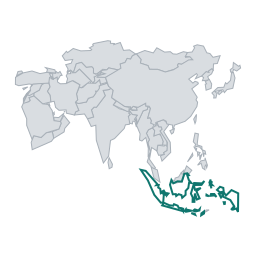 Asia, with Indonesia highlighted
{"feature_id": "IDN", "entity_name": "Indonesia", "entity_type": "country or territory", "adm_level": 0, "iso_a3": "IDN", "parent_name": "Asia", "parent_adm1": "", "projection": "equal_earth", "projection_center": [119.503, -2.501], "detail": "medium", "context": "in_parent", "style": "outline", "palette": "teal", "viewbox_px": 256, "rotation_deg": 0, "n_neighbors": 45, "source": "natural_earth", "source_scale": "50m", "svg_char_len": 12964}
<svg xmlns="http://www.w3.org/2000/svg" viewBox="0 0 256 256"><path d="M135.6,54.0L132.4,55.8L130.6,59.1L127.2,58.4L125.0,62.5L120.2,64.0L120.9,68.2L119.4,70.2L108.7,67.9L106.9,69.8L102.7,69.3L96.7,74.3L93.4,73.1L93.5,68.6L91.8,66.8L86.3,67.4L81.5,62.4L76.3,63.8L73.4,72.7L70.7,70.2L67.3,71.6L68.1,69.1L65.7,64.7L71.2,63.2L72.7,59.5L65.1,60.5L62.3,55.9L66.4,51.3L67.6,52.6L73.2,48.5L80.8,50.9L90.8,50.5L91.7,49.5L89.4,47.9L93.3,45.7L92.7,44.3L93.8,43.5L107.8,40.7L110.6,41.1L110.4,43.3L114.3,43.5L113.8,44.6L120.3,42.5L123.5,50.4L129.5,49.9L135.6,54.0Z" fill="#d9dde1" stroke="#a8b0b8" stroke-width="1"/><path d="M73.4,72.7L76.3,63.8L81.5,62.4L86.3,67.4L91.8,66.8L93.5,68.6L93.4,73.1L96.0,74.3L102.1,70.4L100.6,72.2L105.2,73.8L102.3,75.6L100.2,75.4L100.7,73.6L98.1,74.2L95.9,77.1L94.3,77.0L94.8,80.6L93.1,83.1L79.5,69.2L75.5,72.7L73.4,72.7Z" fill="#d9dde1" stroke="#a8b0b8" stroke-width="1"/><path d="M204.3,212.7L206.1,210.0L209.1,209.9L204.3,212.7Z" fill="#d9dde1" stroke="#a8b0b8" stroke-width="1"/><path d="M28.2,93.1L25.3,96.8L23.4,103.0L23.4,98.5L26.6,93.6L28.2,93.1Z" fill="#d9dde1" stroke="#a8b0b8" stroke-width="1"/><path d="M30.5,90.7L26.6,93.6L30.5,89.7L30.5,90.7Z" fill="#d9dde1" stroke="#a8b0b8" stroke-width="1"/><path d="M26.9,95.4L24.8,98.1L26.3,95.0L26.9,95.4Z" fill="#d9dde1" stroke="#a8b0b8" stroke-width="1"/><path d="M26.9,95.4L34.1,92.8L33.9,96.0L29.1,97.7L30.3,100.4L25.5,103.9L23.4,103.0L26.9,95.4Z" fill="#d9dde1" stroke="#a8b0b8" stroke-width="1"/><path d="M53.8,117.2L58.7,117.6L64.0,113.2L60.0,122.0L54.0,120.7L53.8,117.2Z" fill="#d9dde1" stroke="#a8b0b8" stroke-width="1"/><path d="M52.5,115.9L52.7,113.9L54.1,112.2L54.3,114.6L52.5,115.9Z" fill="#d9dde1" stroke="#a8b0b8" stroke-width="1"/><path d="M48.5,101.6L49.8,105.6L46.4,104.1L48.5,101.6Z" fill="#d9dde1" stroke="#a8b0b8" stroke-width="1"/><path d="M33.9,96.0L34.1,92.8L39.3,90.1L41.4,85.1L45.2,82.5L48.8,83.1L50.1,86.9L47.5,91.3L50.2,95.2L50.9,101.9L42.7,103.9L33.9,96.0Z" fill="#d9dde1" stroke="#a8b0b8" stroke-width="1"/><path d="M60.5,121.5L63.9,115.4L69.7,122.6L64.8,128.3L64.1,131.9L53.7,138.3L52.3,131.7L58.9,129.0L61.1,123.4L60.5,121.5ZM64.8,111.6L63.8,112.3L64.6,111.4L64.8,111.6Z" fill="#d9dde1" stroke="#a8b0b8" stroke-width="1"/><path d="M156.8,150.9L157.8,145.2L164.2,146.1L165.2,144.2L167.5,147.1L167.1,150.5L163.6,152.7L164.5,154.4L158.6,155.3L156.8,150.9Z" fill="#d9dde1" stroke="#a8b0b8" stroke-width="1"/><path d="M162.5,145.0L157.8,145.2L156.8,150.9L151.6,147.5L149.5,159.3L155.5,167.9L153.4,169.5L147.2,161.9L150.4,151.8L147.8,142.6L149.4,139.7L146.4,133.3L148.4,129.8L152.4,127.8L154.7,130.5L154.0,135.9L158.5,133.7L161.6,136.1L163.3,141.4L162.5,145.0Z" fill="#d9dde1" stroke="#a8b0b8" stroke-width="1"/><path d="M167.0,145.2L162.5,145.0L163.3,141.4L160.1,133.9L154.0,135.9L154.7,130.5L152.4,127.8L155.9,125.7L155.8,122.5L158.8,126.8L161.3,126.9L162.1,129.3L160.1,131.0L166.9,140.4L167.0,145.2Z" fill="#d9dde1" stroke="#a8b0b8" stroke-width="1"/><path d="M152.4,127.8L148.4,129.8L146.4,133.3L149.4,139.7L147.8,142.6L150.4,151.8L148.1,157.3L148.3,148.3L145.8,137.5L141.9,141.0L139.5,140.0L140.1,133.9L136.4,124.9L143.1,110.9L147.3,109.5L147.9,106.4L150.5,108.4L147.7,118.2L149.9,117.7L151.5,120.8L150.8,123.1L154.7,123.8L152.4,127.8Z" fill="#d9dde1" stroke="#a8b0b8" stroke-width="1"/><path d="M160.4,155.8L164.5,154.4L163.6,152.7L167.1,150.5L167.4,142.4L160.1,131.0L162.1,129.3L161.3,126.9L158.8,126.8L156.9,122.1L163.4,119.7L168.9,124.7L163.7,131.6L170.2,142.2L170.7,152.4L162.0,161.1L160.4,155.8Z" fill="#d9dde1" stroke="#a8b0b8" stroke-width="1"/><path d="M213.2,70.1L211.6,73.8L207.7,76.6L209.1,80.0L202.4,80.7L203.6,77.5L201.5,76.1L203.0,74.5L206.2,71.5L208.8,72.3L208.4,71.0L211.9,68.6L213.2,70.1Z" fill="#d9dde1" stroke="#a8b0b8" stroke-width="1"/><path d="M205.2,81.6L209.3,79.4L211.7,84.0L211.1,88.4L206.1,90.2L205.2,84.2L206.6,83.8L205.2,81.6Z" fill="#d9dde1" stroke="#a8b0b8" stroke-width="1"/><path d="M136.3,53.9L144.8,50.5L153.3,52.9L156.8,47.8L164.6,52.1L170.3,51.7L173.0,53.9L176.8,54.2L183.4,51.7L187.5,52.5L185.7,57.4L189.9,56.7L193.0,59.0L181.4,64.3L178.5,63.6L177.5,65.1L178.3,66.8L175.6,68.9L165.3,72.0L157.8,69.4L149.5,69.3L148.0,65.6L140.4,63.1L141.0,59.4L136.3,53.9Z" fill="#d9dde1" stroke="#a8b0b8" stroke-width="1"/><path d="M147.9,106.4L147.3,109.5L143.1,110.9L137.3,123.3L136.5,118.9L135.5,120.7L134.4,119.3L137.2,115.3L132.3,114.5L129.8,111.3L128.9,113.1L130.3,114.5L128.4,116.5L129.6,117.3L129.4,124.3L125.4,124.8L124.2,128.5L114.5,138.6L110.5,140.4L108.6,156.1L103.4,163.0L96.3,140.2L95.8,125.2L91.2,126.5L87.5,118.8L93.6,116.9L91.4,109.9L94.1,107.1L96.4,107.3L105.2,95.7L103.1,90.4L109.4,89.5L111.6,87.3L113.2,90.4L111.7,97.7L116.0,101.2L113.4,104.9L119.4,108.8L128.8,111.3L130.6,106.8L130.5,109.5L132.3,110.5L136.9,110.2L136.5,107.7L145.7,103.2L145.8,106.0L147.9,106.4Z" fill="#d9dde1" stroke="#a8b0b8" stroke-width="1"/><path d="M136.5,118.9L136.4,127.1L134.8,121.3L132.9,121.2L132.3,123.9L129.8,123.3L128.4,116.5L130.3,114.5L128.9,113.1L129.8,111.3L132.3,114.5L137.2,115.3L134.4,119.3L135.5,120.7L136.5,118.9Z" fill="#d9dde1" stroke="#a8b0b8" stroke-width="1"/><path d="M136.5,107.7L136.9,110.2L130.5,109.5L133.2,106.3L136.5,107.7Z" fill="#d9dde1" stroke="#a8b0b8" stroke-width="1"/><path d="M129.3,107.4L128.8,111.3L127.1,111.4L113.4,104.9L116.9,100.6L124.8,106.5L129.3,107.4Z" fill="#d9dde1" stroke="#a8b0b8" stroke-width="1"/><path d="M111.6,87.3L109.4,89.5L103.1,90.4L105.2,95.7L96.4,107.3L94.1,107.1L91.4,109.9L93.6,116.9L87.5,118.8L84.5,114.0L74.4,115.0L75.7,111.8L78.8,110.4L75.4,102.2L78.5,103.5L86.4,102.0L88.3,98.3L93.3,96.7L100.5,84.7L107.2,83.2L108.6,86.3L111.6,87.3Z" fill="#d9dde1" stroke="#a8b0b8" stroke-width="1"/><path d="M87.2,83.2L95.7,83.1L99.6,79.7L100.6,84.2L103.7,82.2L107.2,83.2L99.2,85.9L99.4,88.2L97.4,91.2L95.5,91.1L96.0,92.9L93.3,96.7L88.3,98.3L86.4,102.0L78.5,103.5L75.4,102.2L77.7,99.8L76.5,93.9L79.4,86.9L82.7,87.6L87.2,83.2Z" fill="#d9dde1" stroke="#a8b0b8" stroke-width="1"/><path d="M93.1,83.1L94.8,80.6L94.3,77.0L100.7,73.6L101.0,75.3L97.6,77.1L105.5,77.4L107.0,82.4L100.6,84.2L99.6,79.7L95.7,83.1L93.1,83.1Z" fill="#d9dde1" stroke="#a8b0b8" stroke-width="1"/><path d="M102.1,70.4L106.9,69.8L108.7,67.9L119.4,70.2L105.5,77.4L97.6,77.1L98.1,75.7L105.2,73.8L100.6,72.2L102.1,70.4Z" fill="#d9dde1" stroke="#a8b0b8" stroke-width="1"/><path d="M67.3,71.6L70.7,70.2L72.4,72.8L75.5,72.7L79.5,69.2L91.1,81.0L90.7,82.6L89.4,81.8L81.2,87.9L79.4,86.9L79.8,84.8L73.5,80.9L66.4,83.0L67.6,78.6L66.2,75.9L67.3,73.8L70.8,73.6L69.8,70.7L67.3,73.1L67.3,71.6Z" fill="#d9dde1" stroke="#a8b0b8" stroke-width="1"/><path d="M50.9,101.9L50.2,95.2L47.5,91.3L50.1,86.9L48.4,81.0L49.5,77.4L52.7,79.1L57.1,77.0L57.6,82.0L60.3,83.8L66.1,83.6L72.3,80.7L79.8,84.8L76.5,93.9L77.7,99.8L75.4,102.2L78.8,110.4L75.7,111.8L74.4,115.0L66.4,113.2L66.1,109.9L59.0,110.3L55.6,107.4L54.2,101.3L50.9,101.9Z" fill="#d9dde1" stroke="#a8b0b8" stroke-width="1"/><path d="M27.5,94.6L30.5,90.7L30.2,87.6L33.0,84.0L44.2,82.9L41.4,85.1L39.3,90.1L29.4,95.6L27.5,94.6Z" fill="#d9dde1" stroke="#a8b0b8" stroke-width="1"/><path d="M53.5,79.0L49.3,75.3L50.0,73.3L53.4,73.9L53.5,79.0Z" fill="#d9dde1" stroke="#a8b0b8" stroke-width="1"/><path d="M48.8,83.1L33.0,84.0L31.0,86.5L31.8,84.4L29.1,84.0L18.8,85.7L15.4,84.4L15.5,77.3L23.2,72.9L32.0,71.0L40.0,73.6L48.6,72.0L51.0,76.7L49.5,77.4L48.8,83.1ZM18.0,71.5L21.7,71.0L22.8,72.7L16.6,75.6L18.0,71.5Z" fill="#d9dde1" stroke="#a8b0b8" stroke-width="1"/><path d="M112.4,164.2L112.0,167.2L109.2,168.7L108.0,162.3L109.1,157.7L112.4,164.2Z" fill="#d9dde1" stroke="#a8b0b8" stroke-width="1"/><path d="M171.6,134.0L169.9,130.7L174.4,128.7L173.4,132.6L171.6,134.0ZM105.5,77.4L120.9,68.2L120.2,64.0L125.0,62.5L127.2,58.4L130.6,59.1L132.4,55.8L136.3,53.9L141.0,59.4L140.4,63.1L148.0,65.6L149.5,69.3L157.8,69.4L165.3,72.0L173.4,69.8L178.3,66.8L177.5,65.1L178.5,63.6L181.4,64.3L188.7,59.9L192.8,59.8L189.9,56.7L185.3,56.5L187.5,52.5L192.1,52.0L194.6,47.9L193.6,46.2L197.2,44.8L203.5,46.1L206.8,52.8L209.9,53.5L213.0,57.3L220.1,55.7L217.3,63.5L213.5,63.9L213.2,70.1L211.9,68.6L208.4,71.0L208.8,72.3L206.2,71.5L201.5,76.1L195.4,78.7L197.5,74.9L196.5,73.6L188.7,79.1L192.9,83.1L195.0,81.3L197.9,82.3L198.3,83.7L191.8,88.8L197.2,97.2L196.0,99.9L197.6,102.2L196.9,106.5L190.7,116.4L185.1,121.3L174.5,125.1L173.7,128.0L172.6,128.2L172.6,125.1L166.8,123.9L166.2,121.2L163.4,119.7L155.8,122.5L155.9,125.7L150.8,123.1L151.5,120.8L149.9,117.7L147.7,118.2L150.5,108.4L149.1,106.2L145.8,106.0L145.7,103.2L138.1,107.3L133.2,106.3L130.5,109.0L130.6,106.8L124.8,106.5L111.7,97.7L113.2,90.4L108.6,86.3L105.5,77.4Z" fill="#d9dde1" stroke="#a8b0b8" stroke-width="1"/><path d="M196.5,114.4L195.9,121.2L195.0,123.5L193.7,119.1L196.5,114.4Z" fill="#d9dde1" stroke="#a8b0b8" stroke-width="1"/><path d="M56.0,71.4L58.0,73.1L60.0,71.5L62.1,75.3L60.4,75.5L57.6,80.2L57.1,77.0L53.5,79.0L52.7,76.2L52.7,72.9L55.4,73.3L56.0,71.4ZM52.7,79.1L51.6,78.8L51.0,76.7L52.6,77.3L52.7,79.1Z" fill="#d9dde1" stroke="#a8b0b8" stroke-width="1"/><path d="M45.5,67.6L54.8,69.8L55.8,73.0L46.6,72.2L47.5,69.5L45.5,67.6Z" fill="#d9dde1" stroke="#a8b0b8" stroke-width="1"/><path d="M196.2,150.9L194.2,147.3L196.7,148.4L196.2,150.9ZM199.9,159.9L199.7,154.6L200.6,156.4L202.1,153.6L199.9,159.9ZM205.0,157.8L207.4,165.2L206.7,167.8L205.9,164.9L204.9,166.3L205.0,169.8L202.5,168.1L201.2,163.3L197.6,165.2L200.9,160.9L205.1,160.0L205.0,157.8ZM192.9,155.6L187.5,161.8L192.5,153.3L192.9,155.6ZM198.4,133.9L197.1,144.9L201.8,146.4L202.1,149.9L199.7,147.1L194.8,146.2L195.6,144.3L193.3,141.8L195.0,133.1L198.4,133.9ZM197.8,155.9L197.5,151.8L200.1,152.6L197.8,155.9ZM205.1,151.0L205.7,154.2L204.1,153.4L203.7,156.8L202.5,149.9L205.1,151.0Z" fill="#d9dde1" stroke="#a8b0b8" stroke-width="1"/><path d="M151.2,167.3L157.3,169.9L159.9,182.1L153.9,177.9L151.2,167.3ZM189.0,173.9L184.7,173.4L182.1,181.7L173.3,183.6L171.8,182.0L171.5,180.0L174.7,180.5L175.1,178.1L178.6,176.9L181.2,172.8L183.6,173.4L186.6,165.9L191.8,170.3L189.0,173.9Z" fill="#d9dde1" stroke="#a8b0b8" stroke-width="1"/><path d="M183.8,170.2L183.6,173.4L182.2,174.3L181.2,172.8L183.8,170.2Z" fill="#d9dde1" stroke="#a8b0b8" stroke-width="1"/><path d="M235.0,78.0L232.8,88.3L227.0,89.6L224.4,92.6L222.8,89.7L214.9,91.5L217.0,93.4L215.9,97.9L213.7,98.0L214.1,95.6L211.9,93.0L217.9,87.5L223.8,87.3L225.5,82.7L226.9,83.9L230.5,80.4L231.5,73.0L233.4,72.5L235.0,78.0ZM238.7,66.3L239.9,65.3L240.6,68.0L236.7,71.0L233.5,69.4L232.8,72.0L230.7,72.1L230.2,69.7L232.9,67.7L233.4,62.5L238.7,66.3ZM217.7,92.6L220.6,90.3L222.4,91.7L219.1,94.6L217.7,92.6Z" fill="#d9dde1" stroke="#a8b0b8" stroke-width="1"/><path d="M52.3,131.7L53.7,138.3L51.4,141.3L32.2,149.7L31.2,142.4L33.8,135.7L41.1,137.5L46.1,132.8L52.3,131.7Z" fill="#d9dde1" stroke="#a8b0b8" stroke-width="1"/><path d="M23.3,103.4L28.9,101.7L30.3,100.4L29.1,97.7L33.9,96.0L42.7,103.9L48.1,104.4L52.2,110.6L54.0,120.7L60.5,121.5L61.1,123.4L58.9,129.0L46.1,132.8L41.1,137.5L33.8,135.7L32.0,139.2L26.7,125.4L26.7,118.8L21.7,106.9L23.3,103.4Z" fill="#d9dde1" stroke="#a8b0b8" stroke-width="1"/><path d="M27.8,86.9L23.7,89.7L22.8,88.3L27.8,86.9Z" fill="#d9dde1" stroke="#a8b0b8" stroke-width="1"/><path d="M171.4,180.0L173.3,183.3L177.5,181.3L181.8,181.6L184.3,173.8L187.4,173.3L188.8,175.2L187.3,175.4L188.8,180.0L191.4,183.0L189.1,182.6L188.3,188.0L185.6,190.9L185.6,194.8L182.2,197.8L181.5,195.1L178.7,194.2L176.2,196.0L175.8,194.1L172.8,194.3L170.0,184.8L171.4,180.0ZM140.8,169.8L145.7,170.9L157.3,184.1L156.3,185.2L158.7,185.0L158.2,187.5L160.2,188.8L160.8,193.3L162.4,192.6L163.8,194.7L163.2,202.5L160.8,202.7L154.3,194.9L147.9,180.4L140.8,169.8ZM238.2,193.3L238.0,211.9L236.2,208.5L233.6,209.4L234.3,206.4L230.3,200.0L223.3,196.8L223.0,194.6L221.0,197.5L219.0,193.8L222.7,193.3L223.2,191.8L219.8,192.2L217.0,189.9L220.0,186.8L223.3,187.9L223.8,192.4L226.0,195.5L231.5,190.1L238.2,193.3ZM204.4,181.0L201.5,184.9L193.9,185.0L194.9,189.7L200.8,188.0L196.4,191.2L199.6,198.4L196.9,199.5L194.9,193.5L194.4,201.9L192.6,201.9L192.7,197.4L190.9,193.6L194.1,183.0L201.9,183.4L204.4,181.0ZM163.9,202.8L169.5,205.3L173.2,205.7L174.0,204.2L177.7,205.7L178.7,207.8L181.7,208.2L181.6,209.9L182.0,210.9L162.2,205.4L163.9,202.8ZM210.0,183.4L212.0,181.3L211.1,183.7L212.5,185.2L210.3,184.9L211.5,188.4L209.4,182.5L210.7,179.5L210.0,183.4ZM214.3,194.0L216.5,196.9L214.5,195.4L210.4,195.8L211.0,194.0L214.3,194.0ZM199.4,210.5L195.7,211.4L193.1,210.7L194.8,209.4L198.4,210.5L199.7,209.0L199.4,210.5ZM187.5,209.8L191.7,210.7L186.7,211.6L187.5,209.8ZM204.0,211.4L204.0,213.5L201.2,215.3L201.4,213.4L204.0,211.4ZM163.8,190.6L165.4,193.2L165.1,194.6L161.8,191.7L163.8,190.6ZM233.8,207.9L231.0,209.8L233.4,207.0L233.8,207.9ZM191.3,213.1L194.7,213.7L195.2,214.8L191.3,213.1ZM206.5,194.7L208.9,196.2L206.4,195.6L206.5,194.7ZM183.2,208.9L183.2,211.2L181.8,209.2L183.2,208.9ZM185.9,209.3L186.3,211.3L184.7,211.0L185.9,209.3ZM168.4,193.5L167.1,195.0L167.2,193.2L168.4,193.5ZM224.9,202.2L224.8,203.9L224.2,204.0L223.7,202.2L224.9,202.2Z" fill="none" stroke="#0f766e" stroke-width="2"/></svg>